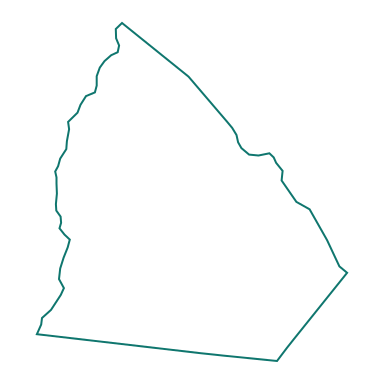 outline of Ouro Branco, Alagoas, Brazil
{"feature_id": "56859067B3091732010719", "entity_name": "Ouro Branco", "entity_type": "district", "adm_level": 2, "iso_a3": "BRA", "parent_name": "Brazil", "parent_adm1": "Alagoas", "projection": "mercator", "projection_center": [-37.381, -9.112], "detail": "fine", "context": "isolated", "style": "outline", "palette": "teal", "viewbox_px": 384, "rotation_deg": 0, "n_neighbors": 0, "source": "geoboundaries", "source_scale": "gbopen_adm2", "svg_char_len": 871}
<svg xmlns="http://www.w3.org/2000/svg" viewBox="0 0 384 384"><path d="M115.8,29.0L116.1,38.3L119.1,45.5L117.7,52.2L111.2,55.2L104.5,61.1L99.8,67.6L96.7,76.2L96.7,85.6L94.9,92.4L86.0,96.1L80.5,104.8L77.5,112.7L68.1,121.9L69.1,129.2L66.9,141.2L66.3,149.1L60.2,158.6L58.1,166.2L55.2,171.5L56.5,177.4L56.5,183.5L56.9,193.6L55.9,204.1L56.3,210.6L60.6,216.6L61.1,222.8L59.5,228.3L64.5,234.6L69.8,239.6L67.7,247.4L63.6,257.7L60.2,268.5L59.0,279.1L63.9,288.1L60.8,294.9L51.0,309.9L42.0,318.0L41.2,324.5L36.9,334.2L200.6,353.2L215.0,354.7L223.2,355.6L277.0,361.0L286.9,347.9L293.4,339.7L347.1,272.8L339.4,266.4L327.1,240.2L309.6,209.3L296.4,201.9L281.6,180.5L282.6,170.9L276.1,162.8L273.7,157.4L269.4,153.3L258.5,155.5L249.1,154.6L241.4,148.1L238.1,142.3L236.5,135.0L232.2,127.9L227.3,122.0L188.5,76.6L122.0,23.0L115.8,29.0Z" fill="none" stroke="#0f766e" stroke-width="2"/></svg>